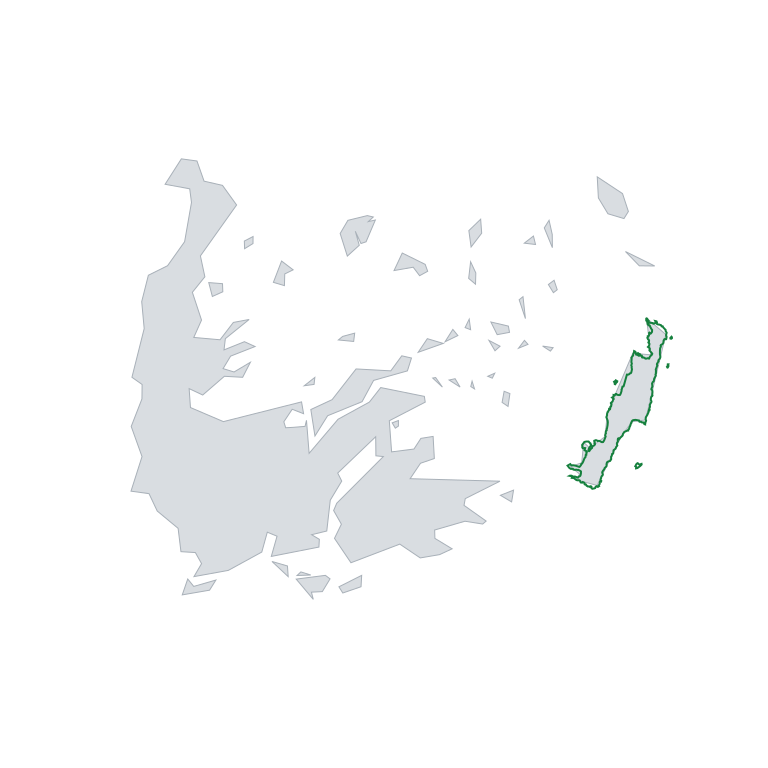 Kritis, Kriti, Greece shown in context, rotated 288°
{"feature_id": "26713481B79456911033966", "entity_name": "Kritis", "entity_type": "district", "adm_level": 2, "iso_a3": "GRC", "parent_name": "Greece", "parent_adm1": "Kriti", "projection": "orthographic", "projection_center": [24.889, 35.249], "detail": "fine", "context": "in_parent", "style": "outline", "palette": "green", "viewbox_px": 768, "rotation_deg": 288, "n_neighbors": 0, "source": "geoboundaries", "source_scale": "gbopen_adm2", "svg_char_len": 9845}
<svg xmlns="http://www.w3.org/2000/svg" viewBox="0 0 768 768"><g transform="rotate(288 384 384)"><path d="M506.3,114.1L535.5,121.7L538.3,137.2L521.3,150.2L523.0,169.0L508.7,188.5L449.1,169.8L430.6,180.5L412.0,173.4L388.4,190.7L369.5,188.7L375.4,214.4L396.0,221.7L403.7,235.8L378.1,219.1L367.0,221.3L381.1,238.2L379.8,249.8L363.1,229.5L348.9,226.2L349.1,237.7L363.4,250.2L346.7,247.5L342.0,229.8L317.5,215.0L319.4,200.1L301.8,207.2L298.6,242.9L341.5,311.1L330.9,316.7L331.6,304.5L317.1,300.4L312.0,304.0L314.7,311.0L319.3,322.0L325.5,321.5L294.9,334.2L336.3,351.2L362.3,375.7L379.6,382.0L384.7,426.2L379.5,428.8L350.7,400.4L321.8,412.2L331.4,432.6L343.7,435.9L349.3,446.9L328.7,454.9L319.9,443.2L302.0,438.1L327.4,524.3L300.1,496.7L293.3,497.6L285.2,523.5L281.3,521.1L278.5,503.4L260.8,477.3L252.9,480.1L248.3,499.7L238.9,489.6L229.8,472.2L236.6,448.5L203.8,407.8L221.9,384.6L237.5,386.8L248.1,375.2L256.0,375.9L314.8,405.8L313.2,398.5L331.3,392.4L285.0,367.5L278.6,373.8L256.9,368.8L226.5,375.0L218.3,361.7L216.3,370.5L208.8,372.5L185.2,330.1L206.2,329.3L207.0,318.8L186.4,319.7L158.6,293.5L142.1,262.8L156.8,266.0L165.4,256.7L161.8,242.7L183.1,232.8L193.1,207.6L207.1,194.4L203.9,176.5L240.2,176.3L265.5,156.7L295.0,158.4L308.8,154.1L312.5,142.2L362.6,138.8L387.5,128.1L414.6,126.3L429.6,141.6L457.7,150.4L497.2,144.8L509.6,138.9L506.3,114.1ZM370.2,596.4L390.3,591.9L386.6,599.6L402.2,610.4L425.6,605.4L490.1,611.1L494.2,628.8L527.8,613.3L518.2,636.7L430.6,643.8L424.8,631.7L409.1,626.1L353.4,618.0L352.2,596.2L358.8,597.9L363.0,586.9L370.2,596.4ZM337.1,322.3L353.1,339.5L389.7,352.8L398.6,386.4L416.3,392.2L417.2,402.1L403.7,402.2L384.2,373.0L360.4,368.6L336.4,340.2L313.2,334.4L337.1,322.3ZM528.5,299.1L539.0,316.1L539.5,322.2L533.6,318.9L537.3,325.1L513.7,323.0L510.5,318.7L520.4,309.5L508.3,317.6L494.3,309.6L513.6,295.8L528.5,299.1ZM623.6,563.1L615.5,561.1L615.1,544.4L627.2,530.4L646.9,522.8L638.8,552.0L623.6,563.1ZM510.5,386.2L504.7,390.7L498.0,384.4L504.1,375.7L495.0,358.5L514.2,360.9L510.5,386.2ZM171.3,360.8L183.9,387.4L182.0,392.9L167.5,389.5L163.6,379.3L157.3,383.3L171.3,360.8ZM145.6,284.7L134.0,281.8L121.1,257.3L137.9,257.6L132.7,265.6L145.6,284.7ZM469.3,248.6L464.5,262.3L458.0,255.6L446.8,258.9L446.5,247.4L469.3,248.6ZM556.1,417.3L570.6,425.0L557.6,430.3L541.2,424.5L556.1,417.3ZM429.5,199.4L421.9,202.2L414.2,193.7L426.3,186.0L429.5,199.4ZM177.2,403.8L195.1,421.9L184.1,424.8L172.5,409.4L177.2,403.8ZM477.5,484.4L471.9,487.4L465.9,476.4L476.0,466.5L477.5,484.4ZM440.5,411.2L440.9,427.8L424.7,406.7L440.5,411.2ZM584.6,572.7L579.9,605.0L575.3,590.3L584.6,572.7ZM181.1,348.4L171.2,352.4L180.6,332.3L181.1,348.4ZM323.1,540.0L311.3,541.8L314.1,529.1L323.1,540.0ZM565.7,502.0L582.0,488.2L590.7,490.4L578.2,497.8L565.7,502.0ZM507.2,440.2L510.6,431.9L527.0,428.6L518.0,437.0L507.2,440.2ZM457.9,470.3L455.8,482.7L449.9,479.3L457.9,470.3ZM457.2,432.6L452.9,439.3L443.0,429.0L457.2,432.6ZM423.3,340.4L415.1,342.0L411.8,327.0L416.5,330.0L423.3,340.4ZM483.8,213.9L477.1,216.0L469.6,209.6L476.8,207.0L483.8,213.9ZM414.2,500.5L413.8,506.7L401.0,508.9L403.0,502.0L414.2,500.5ZM510.0,489.2L489.9,498.3L505.9,486.5L510.0,489.2ZM406.1,431.1L399.1,440.5L404.7,428.5L406.1,431.1ZM472.0,445.0L462.4,449.6L462.7,443.7L472.0,445.0ZM535.2,513.7L527.2,519.6L523.2,516.9L529.4,509.6L535.2,513.7ZM570.9,480.4L563.5,485.0L561.3,473.9L570.9,480.4ZM411.0,450.0L404.6,457.3L407.9,444.7L411.0,450.0ZM179.6,363.0L179.7,373.4L175.0,360.5L179.6,363.0ZM468.9,504.1L466.2,508.7L459.6,500.9L468.9,504.1ZM368.9,316.2L362.0,317.6L357.7,308.7L368.9,316.2ZM353.7,409.0L348.4,410.7L345.5,408.4L349.6,403.8L353.7,409.0ZM413.9,466.9L407.3,471.6L408.4,467.3L413.9,466.9ZM469.1,523.1L470.8,533.6L466.7,532.1L469.1,523.1ZM428.5,486.0L423.0,485.2L423.4,480.3L428.5,486.0Z" fill="#d9dde1" stroke="#a8b0b8" stroke-width="1"/><path d="M367.8,596.4L366.2,595.9L365.5,595.4L365.5,591.4L365.2,589.1L364.6,587.5L364.7,586.9L365.4,585.9L363.1,583.8L361.4,586.3L361.0,588.0L361.7,589.8L361.1,590.6L361.3,591.6L361.4,592.4L361.9,593.1L362.1,594.7L362.4,595.4L361.9,598.0L361.6,598.4L359.5,599.0L357.6,599.1L356.9,598.8L356.1,597.9L354.9,597.4L355.0,594.1L354.6,593.3L354.4,591.9L354.7,591.2L354.7,590.4L354.3,589.2L354.0,588.9L354.2,590.3L353.8,591.2L353.5,592.7L353.3,591.9L352.8,591.8L353.1,593.0L353.1,594.1L352.6,595.2L352.1,596.8L352.3,598.3L352.8,599.1L352.7,600.1L351.2,601.4L351.1,601.7L351.5,603.1L351.9,603.0L352.2,603.2L352.0,604.8L351.6,605.5L350.6,605.8L350.5,606.4L350.8,607.2L349.8,608.2L349.8,608.9L349.5,609.7L350.0,610.7L349.7,611.7L350.0,612.2L350.6,612.3L350.6,612.8L350.4,613.1L349.1,613.5L348.7,614.5L349.8,616.4L350.3,617.0L351.5,617.0L352.5,617.7L352.6,618.3L352.2,618.6L352.2,619.2L353.2,620.0L353.4,619.6L353.7,619.6L355.6,620.0L357.8,619.5L358.6,619.8L358.9,620.2L358.7,620.6L359.0,620.6L359.2,620.1L359.8,619.6L360.5,619.4L361.4,619.6L362.2,619.4L363.6,619.5L364.5,620.1L365.6,620.1L367.0,619.0L367.6,618.8L369.2,619.1L371.0,619.8L372.2,619.8L374.5,621.0L376.0,620.7L376.4,620.4L378.1,620.3L378.8,620.5L379.5,621.1L380.7,622.8L382.6,623.3L385.0,622.5L385.9,622.8L388.0,622.6L388.3,623.2L389.2,623.4L391.9,622.8L394.2,624.3L395.5,624.2L397.6,624.9L398.9,624.0L399.9,623.8L401.9,624.2L402.9,623.6L404.3,623.4L404.8,623.7L405.0,624.3L404.5,624.8L405.9,625.3L408.3,626.7L409.1,626.9L410.3,626.7L412.7,627.4L415.0,630.0L415.2,630.6L416.0,630.4L417.1,631.0L418.3,630.8L420.6,631.1L422.4,631.0L423.3,631.3L423.9,631.0L424.8,631.4L425.7,631.4L426.6,632.1L427.6,634.2L428.1,637.8L427.2,638.4L427.1,639.2L427.5,640.0L427.4,640.8L427.1,641.4L427.6,642.2L427.2,643.2L426.3,644.0L426.3,644.8L427.1,644.5L427.7,644.7L428.9,644.3L429.3,644.6L430.2,644.6L431.3,643.7L433.2,643.3L436.6,644.1L437.3,644.0L438.5,644.3L440.1,644.0L440.5,644.1L440.7,644.5L441.2,644.6L441.2,644.1L441.5,643.9L444.5,644.0L446.4,643.2L449.7,643.9L450.3,643.6L451.2,642.8L452.3,642.3L454.2,642.2L455.4,642.5L455.5,642.8L456.0,642.9L456.8,642.4L459.4,641.8L460.7,641.2L461.0,641.0L461.4,640.0L461.9,639.8L464.6,640.0L467.3,638.8L468.8,639.0L470.2,639.7L472.5,639.3L475.9,639.9L477.1,639.2L478.6,639.4L479.3,638.8L480.2,638.8L481.7,638.0L486.0,638.2L486.7,637.6L487.6,637.4L490.6,638.1L491.1,637.7L491.5,637.7L493.2,638.4L494.5,638.6L495.6,638.3L497.6,637.2L501.1,636.1L503.3,635.6L505.1,635.8L506.1,635.2L506.7,635.3L507.7,636.3L509.3,637.0L511.7,636.5L513.2,636.8L513.9,637.7L513.6,638.1L513.8,638.5L515.3,638.4L516.6,638.0L516.9,637.5L517.9,637.1L520.1,637.0L521.5,635.4L522.4,635.2L524.1,632.1L525.0,631.2L524.6,630.2L525.4,629.5L525.6,629.0L525.5,628.4L525.6,627.5L525.3,626.3L525.5,624.9L526.0,624.5L526.9,624.6L527.8,623.8L527.7,622.5L526.8,623.4L525.4,622.8L524.7,621.9L524.6,621.3L525.0,621.0L525.0,620.7L524.3,617.6L524.7,616.8L525.9,616.2L526.2,615.4L527.5,614.0L527.4,613.3L527.2,613.2L525.4,613.8L525.4,614.1L526.4,614.1L526.6,614.4L524.9,614.9L525.1,615.2L525.8,615.3L525.9,615.5L525.7,615.7L523.9,616.1L523.7,616.8L523.2,616.6L522.9,616.0L522.3,616.3L522.1,616.6L522.3,616.9L521.6,617.6L521.9,618.2L521.8,618.5L521.2,619.2L520.7,619.4L520.1,620.2L519.4,620.7L518.3,622.3L516.4,622.8L514.7,622.3L514.3,621.9L514.9,620.6L514.4,620.3L513.4,620.9L511.9,621.0L511.2,620.2L511.6,619.8L511.0,620.0L510.6,620.6L509.3,620.2L508.0,621.4L507.6,622.4L507.2,622.7L505.8,623.0L505.5,622.6L505.1,622.6L504.4,623.9L504.0,624.1L502.0,624.2L500.8,623.6L500.5,624.3L500.5,624.9L499.7,625.9L499.0,626.1L498.3,625.9L497.9,626.1L496.3,629.0L495.6,629.8L495.0,629.7L494.9,629.5L494.0,629.5L493.7,629.1L491.9,628.4L490.1,628.3L490.0,628.1L490.1,627.0L489.1,625.5L488.9,624.7L489.4,623.8L489.3,623.1L489.5,622.6L489.3,622.1L489.1,621.9L489.1,621.2L490.2,620.8L490.7,620.3L490.2,619.4L490.2,618.2L489.7,617.9L489.6,617.5L490.0,616.1L489.9,614.7L492.1,613.4L492.5,612.6L492.6,611.7L491.6,611.9L488.9,611.9L488.1,612.1L485.6,611.2L484.7,611.7L481.3,612.5L480.0,613.4L478.2,613.4L477.2,614.2L476.2,614.4L474.6,615.3L471.5,615.6L470.6,615.4L470.1,614.6L469.0,614.1L468.3,613.2L468.0,612.1L456.2,612.6L455.7,612.5L455.2,611.6L452.1,611.8L452.8,611.2L452.0,611.8L450.5,612.1L448.3,612.1L446.8,611.9L446.4,611.7L446.0,610.7L445.8,609.0L446.3,608.1L446.0,607.3L444.6,607.0L444.5,605.7L442.9,606.2L441.6,605.1L440.9,607.0L440.5,607.1L439.7,606.7L438.0,606.8L436.1,605.6L435.6,605.8L435.3,606.6L432.9,606.9L432.4,606.4L429.9,606.8L429.6,606.6L429.7,605.8L428.6,606.0L427.7,605.7L426.8,605.7L426.4,605.3L424.1,605.4L423.5,605.8L421.2,605.7L418.3,608.0L416.8,608.7L413.7,609.4L410.7,609.8L410.0,609.7L408.7,610.1L407.8,609.6L406.5,609.8L405.7,610.3L405.2,610.1L403.5,610.2L402.6,611.0L398.4,610.8L396.5,610.3L396.3,610.0L396.0,608.8L396.4,607.0L396.4,606.1L395.8,604.8L396.1,603.9L396.1,602.9L395.0,601.5L394.4,601.7L393.7,602.5L392.8,602.3L392.4,603.1L391.6,603.3L390.5,602.8L389.2,601.5L387.4,601.6L386.6,601.0L384.9,600.3L383.9,600.1L383.5,599.8L383.6,599.3L384.3,598.9L386.2,598.8L389.5,599.8L390.3,599.7L390.2,599.3L391.4,598.6L391.5,598.0L392.5,596.4L391.8,594.2L390.9,592.6L390.5,592.4L387.4,591.3L386.2,591.7L385.7,592.1L384.9,592.2L384.3,592.9L384.5,593.7L385.1,594.5L385.2,595.1L383.0,595.2L382.7,597.1L382.5,597.6L381.5,598.0L381.3,598.0L381.2,597.7L379.2,598.3L378.9,597.8L376.7,598.2L375.3,597.6L371.6,597.4L369.5,597.0L368.8,596.3L367.8,596.4ZM387.0,649.5L385.8,648.8L383.4,648.4L383.1,649.5L381.7,649.8L382.4,651.0L385.2,653.0L387.0,653.9L387.6,653.6L386.6,652.3L386.3,651.7L386.7,650.4L387.0,650.1L387.0,649.5ZM457.2,602.1L456.5,602.9L455.2,603.5L455.2,604.0L456.9,604.4L457.9,605.0L458.7,605.0L459.1,603.3L458.7,603.2L457.2,602.1ZM491.2,618.4L491.5,618.1L491.5,616.9L491.9,616.0L490.9,615.3L490.7,615.4L490.5,616.4L490.8,617.3L490.5,618.3L491.2,618.4ZM490.6,648.4L490.4,647.8L488.8,648.2L487.8,647.8L487.2,648.5L487.4,648.8L489.0,649.0L490.2,648.4L490.6,648.4ZM516.5,643.7L517.4,643.4L517.8,642.8L516.2,642.1L515.7,642.4L515.8,643.2L516.5,643.7Z" fill="none" stroke="#15803d" stroke-width="2"/></g></svg>